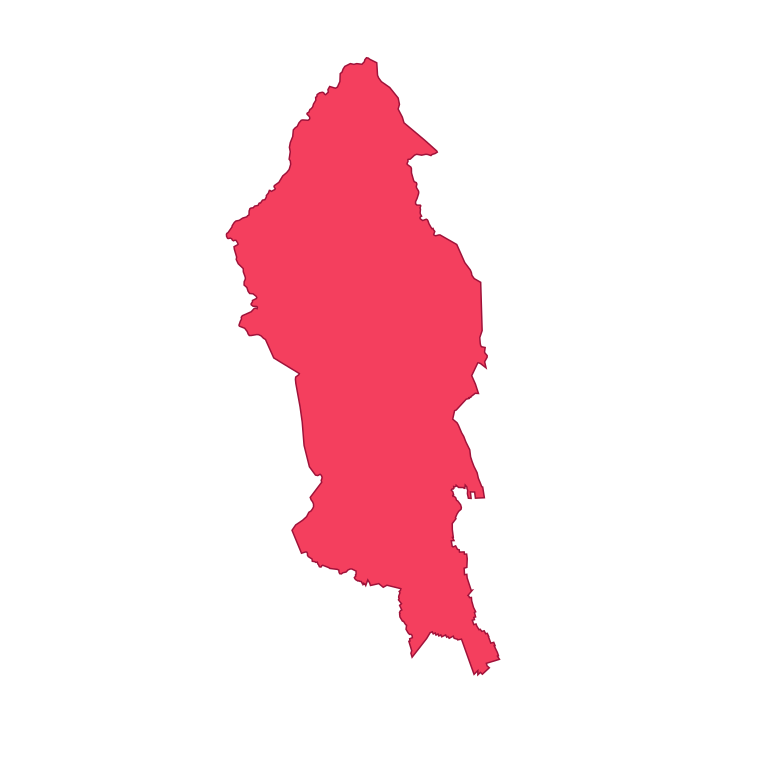 the district of Zacapoaxtla, Puebla, Mexico, rotated 335°
{"feature_id": "50627088B50649641407498", "entity_name": "Zacapoaxtla", "entity_type": "district", "adm_level": 2, "iso_a3": "MEX", "parent_name": "Mexico", "parent_adm1": "Puebla", "projection": "albers", "projection_center": [-97.59, 19.841], "detail": "fine", "context": "isolated", "style": "filled", "palette": "rose", "viewbox_px": 768, "rotation_deg": 335, "n_neighbors": 0, "source": "geoboundaries", "source_scale": "gbopen_adm2", "svg_char_len": 6142}
<svg xmlns="http://www.w3.org/2000/svg" viewBox="0 0 768 768"><g transform="rotate(335 384 384)"><path d="M417.4,111.3L414.2,113.9L411.7,114.3L409.2,115.4L405.9,121.1L401.2,125.5L398.3,129.5L397.2,133.9L393.0,140.2L393.4,142.1L392.3,145.4L388.7,149.5L385.1,151.3L380.2,152.6L374.0,156.8L368.7,157.8L367.9,158.3L367.7,159.1L368.0,161.0L367.2,161.6L363.3,161.8L362.4,160.3L361.9,160.1L359.8,162.2L357.1,163.4L356.4,164.8L354.0,166.6L351.6,166.0L348.5,167.8L347.5,167.3L346.9,167.6L345.4,168.9L341.9,168.1L340.0,169.0L337.7,168.3L336.6,168.4L334.9,170.2L333.1,173.7L331.4,173.9L330.3,174.5L326.0,173.9L322.0,174.5L318.7,173.7L316.6,174.3L313.3,176.4L312.5,177.5L306.6,180.9L305.2,181.1L304.5,181.7L303.7,183.7L303.8,185.8L304.2,186.3L306.4,186.9L307.3,188.0L307.4,189.5L308.1,190.6L309.5,190.7L310.6,191.3L311.0,194.2L310.8,195.7L310.4,195.9L306.1,196.2L305.3,198.7L304.1,206.7L302.7,208.7L302.7,213.4L305.2,219.9L303.9,222.9L303.4,228.6L302.7,230.3L300.5,232.2L299.0,235.2L300.5,238.6L300.0,242.6L300.5,245.2L303.4,246.9L305.2,250.5L305.2,252.0L304.4,252.6L300.1,252.7L299.4,254.1L297.6,255.0L297.1,256.0L298.2,258.2L301.5,260.0L301.8,260.8L300.9,262.1L299.8,261.1L298.2,260.7L294.2,262.4L284.5,262.2L282.8,263.2L282.3,264.9L280.3,266.4L277.4,269.4L277.4,270.5L281.3,274.6L282.2,278.7L282.0,281.3L282.4,283.1L284.0,283.9L289.6,285.4L291.2,286.3L293.0,288.5L294.1,291.6L295.4,293.6L295.1,313.8L311.7,338.8L310.7,339.6L306.9,340.4L305.7,342.3L304.3,346.3L298.3,369.2L293.8,383.9L285.6,405.9L281.4,427.5L283.4,437.6L285.3,439.0L287.9,438.8L288.6,440.3L288.5,442.3L287.5,443.8L286.4,444.7L286.0,446.7L269.2,455.6L269.0,458.2L269.5,460.6L269.4,463.0L268.2,465.6L266.2,467.1L264.2,468.2L261.7,468.5L257.8,471.5L252.6,473.1L244.4,474.4L238.8,477.7L237.7,502.5L242.0,503.1L243.0,503.8L243.0,505.5L242.3,506.7L242.4,508.4L244.8,512.2L244.1,514.4L246.1,515.7L246.9,516.9L248.3,517.3L248.0,519.2L248.3,520.1L248.2,522.2L248.8,522.9L249.9,523.2L250.7,522.4L251.9,522.4L256.3,527.0L257.0,528.3L263.4,532.3L264.4,533.6L263.7,535.6L263.7,537.2L265.1,538.1L267.0,537.7L270.2,538.4L272.9,537.3L275.2,537.4L276.7,538.1L279.6,541.7L278.4,544.5L277.4,545.0L277.3,546.1L275.3,546.9L275.3,548.0L275.6,549.3L277.2,551.6L278.1,551.7L278.7,552.7L279.9,553.4L280.0,555.8L281.3,555.8L281.5,556.2L280.5,557.0L282.3,557.4L282.3,558.9L286.5,554.7L286.9,558.3L286.6,560.9L294.9,562.7L297.4,567.9L301.6,567.6L312.8,576.6L311.6,578.1L310.1,578.4L310.2,580.0L307.7,582.5L307.1,583.6L307.1,584.8L305.9,585.7L307.0,590.5L304.6,591.2L304.6,596.3L303.1,596.4L301.5,597.6L301.4,598.8L301.0,598.9L300.0,601.9L300.5,606.7L301.4,607.3L301.9,611.2L302.5,612.2L300.3,615.6L300.7,619.8L301.3,621.7L302.8,622.4L303.2,623.7L302.5,625.9L299.6,625.7L298.9,627.9L297.8,627.7L296.4,637.4L294.6,639.4L294.0,643.5L315.1,632.7L320.7,628.9L323.0,629.0L323.0,631.3L325.2,631.3L325.0,633.5L327.3,633.4L327.2,635.5L329.5,635.4L329.4,637.5L333.8,637.5L333.8,639.9L335.2,639.8L335.6,642.0L340.2,641.8L340.1,644.1L342.6,646.3L342.6,647.0L346.4,648.0L342.9,685.2L347.9,683.4L346.2,687.2L349.5,686.1L350.5,688.6L359.5,685.7L358.3,683.0L358.7,680.4L372.3,682.3L371.8,678.6L372.9,678.7L373.3,675.2L373.2,667.9L374.1,668.1L374.3,664.5L371.3,664.0L371.9,657.0L372.2,657.0L372.2,653.6L370.6,653.3L370.5,650.0L368.1,649.6L367.5,646.9L366.3,646.9L365.8,642.6L366.0,640.4L363.7,640.0L364.2,635.4L366.4,635.8L366.7,633.5L368.6,633.8L369.4,629.2L370.8,629.2L370.7,624.4L371.8,617.7L373.0,614.4L371.2,613.7L371.3,612.2L370.7,611.1L376.9,608.2L375.8,607.9L377.4,594.9L378.6,591.5L376.4,590.8L378.8,584.8L381.6,585.2L385.6,577.5L387.0,573.1L385.0,572.2L385.7,570.1L381.4,568.2L382.1,566.0L380.7,564.9L380.5,561.0L377.7,560.8L377.2,560.0L378.7,554.5L381.3,555.5L381.2,552.0L382.0,552.3L384.4,544.8L386.9,539.3L392.3,536.5L392.2,535.4L395.2,532.7L397.8,531.0L400.9,530.1L401.9,528.7L402.4,525.8L401.4,521.2L400.6,520.1L400.9,517.3L400.1,515.5L399.6,515.3L399.6,514.9L399.1,514.9L399.2,513.9L400.3,513.7L400.8,510.8L400.1,508.6L401.5,507.9L402.2,508.4L403.2,508.1L403.8,506.4L404.4,507.0L406.1,507.1L406.6,506.3L407.9,509.3L412.4,511.5L412.5,512.4L413.2,512.7L414.9,509.9L415.6,512.4L415.0,513.9L415.0,515.5L413.2,518.7L412.2,523.2L414.6,524.5L416.7,518.3L420.5,520.2L418.6,526.1L426.9,529.5L429.9,519.1L429.2,518.4L429.7,509.2L430.9,503.8L430.7,496.8L431.1,491.3L431.7,486.6L433.9,479.9L433.7,471.1L434.1,465.2L433.7,461.1L434.0,452.8L433.8,450.0L431.4,444.9L436.7,438.0L438.5,438.1L452.1,432.5L455.1,433.1L455.1,432.2L457.1,432.7L457.4,432.2L462.8,431.0L465.6,432.5L466.8,422.8L467.0,413.5L477.9,404.5L478.9,404.9L480.2,406.4L483.3,412.5L484.6,406.4L488.8,403.3L489.5,401.9L488.6,398.5L488.7,397.4L491.1,393.7L488.1,391.4L487.9,389.8L488.5,387.5L490.4,382.4L495.5,377.1L514.6,332.7L510.3,326.6L509.6,322.7L510.3,319.8L510.4,317.1L508.5,308.1L508.9,288.3L497.8,272.6L496.7,272.1L493.5,271.5L492.4,270.5L492.3,269.4L494.5,267.2L494.0,265.0L494.2,263.7L493.1,263.5L492.8,261.9L492.5,257.8L492.8,254.5L492.6,253.4L491.9,252.5L488.2,252.2L486.7,249.7L486.8,248.6L487.7,247.9L489.0,247.8L488.8,245.5L489.1,244.1L490.9,241.0L491.1,239.6L492.6,238.1L492.5,237.3L489.5,235.8L488.8,234.1L489.6,232.2L492.5,229.7L495.8,226.1L496.6,224.7L496.8,223.5L496.4,220.1L496.7,218.7L498.3,216.7L498.4,215.2L496.9,213.4L496.9,211.8L498.1,204.4L499.9,200.3L500.0,198.8L497.9,194.9L498.1,193.9L499.9,192.3L500.3,190.9L500.8,190.6L502.8,191.3L508.4,189.5L510.7,189.6L514.8,192.5L519.1,193.5L520.7,194.5L523.1,196.8L524.6,196.3L527.7,196.7L530.3,196.4L530.3,195.2L523.9,180.2L512.5,155.7L513.4,149.9L513.0,140.8L516.2,137.1L517.7,130.8L514.5,117.7L509.4,108.9L508.5,104.5L508.6,101.5L513.2,89.8L508.2,83.5L507.6,82.1L506.0,80.9L503.7,82.0L502.4,83.6L499.1,84.9L494.7,82.1L491.8,81.6L488.9,79.4L482.7,79.6L480.0,81.3L477.9,83.5L475.5,84.2L471.9,91.2L467.3,95.2L465.0,95.4L460.5,91.4L457.6,93.5L456.8,96.0L453.3,97.1L452.6,96.2L452.4,94.5L451.4,93.5L448.7,92.9L445.7,93.4L444.5,95.2L443.2,95.3L442.1,98.0L438.4,100.5L436.5,102.7L434.4,103.7L432.9,103.9L430.7,105.9L429.0,106.0L428.4,106.5L428.3,107.1L429.4,110.2L429.1,111.7L428.3,112.6L426.6,112.9L421.9,110.3L420.5,110.0L417.4,111.3Z" fill="#f43f5e" stroke="#9f1239" stroke-width="1.5"/></g></svg>